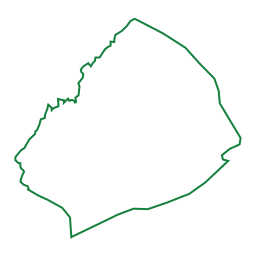 outline of Sanniquellie Mahn, Nimba, Liberia
{"feature_id": "62588387B26498986950089", "entity_name": "Sanniquellie Mahn", "entity_type": "district", "adm_level": 2, "iso_a3": "LBR", "parent_name": "Liberia", "parent_adm1": "Nimba", "projection": "mercator", "projection_center": [-8.749, 7.383], "detail": "fine", "context": "isolated", "style": "outline", "palette": "green", "viewbox_px": 256, "rotation_deg": 0, "n_neighbors": 0, "source": "geoboundaries", "source_scale": "gbopen_adm2", "svg_char_len": 1465}
<svg xmlns="http://www.w3.org/2000/svg" viewBox="0 0 256 256"><path d="M72.7,236.4L95.5,225.4L99.6,223.5L112.7,217.1L117.4,214.8L133.5,208.7L146.4,209.1L147.9,209.1L160.6,204.8L164.8,203.3L167.0,202.6L177.4,198.5L178.6,198.0L189.2,193.9L194.8,189.9L195.5,189.4L204.1,183.3L205.8,182.0L217.6,170.9L225.5,163.4L228.1,160.9L222.9,159.5L221.9,155.2L229.9,148.8L239.6,144.4L240.6,138.0L230.3,120.9L222.0,107.0L219.8,103.4L218.7,91.0L214.4,78.6L209.3,73.4L204.2,68.2L203.2,67.2L200.5,64.5L185.5,47.8L175.7,41.5L163.5,33.7L155.1,29.3L135.0,18.9L133.5,19.3L130.2,21.3L127.0,25.8L121.9,30.9L115.4,34.9L114.4,38.9L114.2,42.0L110.6,41.6L110.6,45.6L108.2,46.9L105.3,48.9L102.8,52.5L99.7,57.4L95.4,57.6L95.0,60.7L92.9,63.0L90.9,66.3L88.2,63.2L83.5,66.3L80.8,69.6L81.3,71.9L83.3,74.1L82.8,77.6L78.4,83.2L79.5,86.5L79.4,87.4L78.5,95.4L75.4,97.7L76.0,102.2L74.9,102.4L74.7,101.1L71.8,99.9L69.3,100.8L68.1,98.6L63.9,102.7L64.1,100.4L58.0,99.0L58.4,103.8L58.4,106.3L53.5,108.1L51.7,110.1L51.5,107.6L48.3,104.7L47.2,109.2L45.1,114.5L44.7,118.1L40.9,119.2L39.3,124.9L38.2,127.4L37.2,129.9L35.4,131.2L35.0,134.0L29.3,139.4L24.2,148.3L21.7,149.6L19.1,152.5L15.4,157.1L15.4,160.3L18.7,163.2L20.3,163.2L20.3,166.2L21.2,168.7L22.6,169.6L24.1,171.6L22.3,175.3L21.2,178.6L21.0,179.1L20.5,181.8L23.5,184.6L27.5,186.2L28.9,189.3L28.3,189.7L38.3,195.5L47.9,199.9L54.9,203.8L62.2,207.8L70.0,217.4L70.7,228.1L71.3,236.4L71.3,237.1L72.7,236.4Z" fill="none" stroke="#15803d" stroke-width="2"/></svg>